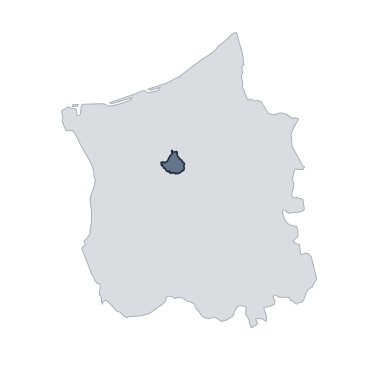 District Autonome De Yamoussoukro, Lacs, Ivory Coast (highlighted), rotated 167°
{"feature_id": "98640826B30232425959699", "entity_name": "District Autonome De Yamoussoukro", "entity_type": "district", "adm_level": 2, "iso_a3": "CIV", "parent_name": "Ivory Coast", "parent_adm1": "Lacs", "projection": "natural_earth1", "projection_center": [-5.252, 6.815], "detail": "fine", "context": "in_parent", "style": "filled", "palette": "slate", "viewbox_px": 384, "rotation_deg": 167, "n_neighbors": 0, "source": "geoboundaries", "source_scale": "gbopen_adm2", "svg_char_len": 7429}
<svg xmlns="http://www.w3.org/2000/svg" viewBox="0 0 384 384"><g transform="rotate(167 192 192)"><path d="M96.4,72.0L97.5,72.0L100.6,71.0L103.3,68.6L105.9,63.8L109.3,59.9L113.2,60.2L114.4,59.5L115.8,59.3L117.4,61.9L119.0,63.8L120.2,63.9L121.0,67.6L128.1,69.1L131.2,70.1L133.7,72.8L134.6,72.9L135.7,72.3L136.5,71.4L136.7,70.4L135.6,67.9L136.1,65.7L137.3,63.8L139.1,63.7L141.8,63.1L145.0,63.1L147.4,63.5L148.3,61.5L147.4,56.0L147.7,53.0L148.0,50.5L148.9,49.4L152.4,52.6L155.6,53.8L158.0,53.9L158.6,53.3L157.6,49.8L157.9,48.7L158.7,48.1L160.2,47.8L164.4,46.3L164.8,46.6L165.5,52.1L165.2,53.9L166.0,57.7L167.1,61.1L167.0,62.5L166.2,64.7L165.1,66.7L165.2,67.5L166.9,68.8L170.0,70.2L173.2,70.5L175.0,68.5L176.9,66.9L178.2,65.4L178.7,63.2L180.7,61.6L186.6,59.6L192.0,59.3L193.3,60.0L195.8,63.0L198.9,65.1L203.6,64.8L207.0,66.1L210.0,68.4L212.0,73.6L214.1,77.3L215.1,82.6L218.5,85.4L221.2,86.7L224.8,90.6L228.6,92.5L232.5,92.1L234.3,94.1L237.2,95.5L240.2,95.7L242.7,91.2L246.1,89.4L254.6,85.9L258.0,84.3L261.4,83.2L269.7,82.9L277.3,84.0L281.1,84.8L283.7,84.2L286.2,86.3L288.8,90.8L290.9,92.2L293.0,93.7L294.6,97.3L296.4,100.7L297.5,102.3L299.8,105.7L301.7,105.8L303.7,104.3L304.5,103.2L304.9,105.4L304.1,109.1L304.3,111.4L305.4,112.3L304.8,115.2L302.5,120.2L302.5,123.1L304.8,124.0L306.4,127.2L307.4,132.5L308.3,134.3L308.4,135.4L310.1,148.4L312.1,161.4L310.8,163.1L309.1,163.6L307.9,164.2L307.6,165.4L308.4,167.2L307.9,168.8L305.7,169.9L300.9,174.0L300.6,175.7L299.4,179.2L298.3,181.3L296.8,185.3L294.3,195.8L293.4,204.6L293.3,207.3L292.3,209.1L291.2,211.8L286.1,219.3L283.4,225.4L283.8,228.1L283.9,230.8L283.1,232.7L283.3,237.9L283.9,242.2L284.9,246.4L288.6,258.4L290.6,265.7L291.8,271.6L292.9,275.5L293.9,277.1L294.3,278.7L299.8,279.7L300.9,280.6L302.5,288.3L302.2,291.7L301.1,293.0L301.1,296.0L300.9,299.6L300.1,301.0L297.0,301.2L294.9,302.6L292.1,302.1L291.8,301.2L290.3,300.8L286.2,298.8L286.8,292.1L284.9,291.8L283.4,292.7L280.5,300.7L279.1,302.1L258.5,298.0L254.0,294.6L248.6,293.9L239.3,294.3L231.6,295.2L229.4,297.3L248.8,296.1L250.9,296.3L251.9,297.5L227.3,300.2L217.9,301.7L215.1,301.3L213.0,298.7L202.8,298.4L200.7,299.3L199.4,301.1L203.5,300.7L209.8,300.6L211.5,302.1L191.7,303.9L177.9,307.5L172.1,310.2L152.9,318.9L141.1,323.0L138.1,324.6L132.7,328.8L125.9,331.5L118.2,336.5L113.5,337.7L112.5,336.1L112.4,327.6L111.7,316.2L112.0,311.8L112.6,307.7L112.6,304.3L114.9,303.1L115.6,301.6L115.9,297.2L118.1,293.2L118.1,286.2L118.8,284.7L119.3,282.9L118.4,278.3L117.2,269.6L116.6,269.0L116.0,269.4L114.8,269.6L110.0,266.6L106.3,266.0L103.7,263.5L103.5,260.6L102.2,258.8L101.4,255.5L100.1,251.6L96.4,249.3L93.0,248.7L90.5,249.2L87.6,249.0L84.4,247.8L82.1,246.3L79.9,243.5L78.0,241.2L76.4,241.5L74.4,240.9L72.5,239.9L71.9,239.1L79.9,230.1L82.6,225.7L82.9,223.0L82.9,220.3L83.8,217.5L84.0,213.2L79.7,197.8L78.5,193.0L77.4,191.6L76.6,191.1L78.8,189.1L81.9,189.6L86.6,191.2L87.7,189.6L91.2,181.9L91.1,179.0L90.8,177.0L92.9,171.6L94.6,169.6L95.4,167.3L95.2,164.3L93.9,163.2L92.2,163.4L90.3,162.6L87.3,160.9L85.7,159.3L86.2,152.3L86.5,150.1L87.6,148.8L89.2,148.5L93.9,148.3L97.7,149.1L101.0,149.5L102.8,149.5L104.2,151.6L106.1,153.8L107.8,153.7L108.4,152.1L108.0,145.2L106.9,141.5L104.4,138.0L97.8,134.9L97.6,130.7L98.3,126.1L99.7,124.4L104.6,121.5L103.8,119.9L102.2,118.3L99.1,116.6L99.8,111.1L100.0,106.2L97.4,106.7L94.7,107.0L92.4,105.5L90.5,102.5L90.2,94.3L90.2,84.9L89.9,80.7L90.6,78.4L92.9,76.4L95.5,73.7L96.4,72.0ZM289.4,302.2L288.3,304.0L283.1,302.8L284.3,301.3L289.4,302.2Z" fill="#d9dde1" stroke="#a8b0b8" stroke-width="1"/><path d="M214.9,228.0L215.1,227.9L214.9,227.8L214.8,227.7L214.7,227.6L214.8,227.5L215.1,227.5L215.3,227.3L215.2,227.1L215.3,226.9L215.4,226.7L215.5,226.6L215.4,226.4L215.5,226.4L215.6,226.2L215.4,225.9L215.5,225.8L215.6,225.7L215.4,225.6L215.4,225.3L215.7,225.1L215.7,224.8L215.3,224.9L215.2,224.8L214.9,224.7L215.0,224.4L215.0,224.2L214.9,224.1L214.7,224.0L214.7,223.9L214.6,223.7L214.6,223.4L214.5,223.2L214.4,223.1L214.3,222.7L214.3,222.4L214.3,222.2L214.3,221.8L214.3,221.7L214.2,221.6L213.9,221.6L213.7,221.6L213.6,221.4L213.4,221.2L213.2,221.1L212.9,221.1L212.8,220.9L212.8,220.7L212.8,220.4L212.7,220.3L212.7,220.2L212.6,219.9L212.6,219.7L212.6,219.4L212.4,219.2L212.3,218.9L212.3,218.6L212.2,218.6L212.1,218.3L212.0,218.2L211.9,218.1L211.8,217.9L211.7,217.7L211.4,217.7L211.2,217.7L210.9,217.6L210.7,217.7L210.6,217.4L210.5,217.5L210.4,217.5L210.2,217.4L210.2,217.2L209.9,216.9L209.7,217.0L209.6,216.9L209.5,216.7L209.3,216.8L209.3,216.7L209.2,216.6L209.1,216.4L209.1,216.2L209.0,215.9L208.9,215.9L208.9,215.7L209.0,215.6L209.1,215.4L208.8,215.3L208.7,215.4L208.4,215.2L208.2,215.3L208.1,215.2L207.9,215.2L207.9,215.3L207.6,215.3L207.4,215.3L207.2,215.3L207.0,215.2L206.8,215.3L206.7,215.2L206.4,215.0L206.4,214.9L206.1,215.0L205.7,215.0L205.5,214.9L205.4,214.8L205.4,214.7L205.2,214.6L205.1,214.3L205.0,214.2L204.8,214.1L204.7,214.0L204.2,213.9L204.0,214.0L203.8,214.0L203.6,214.0L203.4,214.0L203.4,213.9L203.3,214.0L203.2,213.9L202.9,213.8L202.8,213.6L202.7,213.4L202.3,213.3L202.2,213.2L201.8,213.1L201.6,213.0L200.9,213.2L200.7,213.3L200.1,213.3L199.9,213.4L199.7,213.3L199.1,213.5L198.9,213.6L198.7,213.7L198.6,213.8L198.1,214.2L197.9,214.3L197.7,214.4L197.4,214.5L197.1,214.5L196.9,214.6L196.7,214.7L196.6,214.8L196.5,215.0L196.3,215.0L196.2,215.0L196.2,214.9L195.8,215.2L195.7,215.2L195.4,215.0L195.2,215.2L194.9,215.3L194.9,215.6L194.7,215.8L194.7,216.1L194.5,216.3L194.4,216.5L194.3,216.8L194.2,216.9L194.2,217.2L194.2,217.4L194.2,217.6L194.1,217.8L194.1,218.0L194.0,218.5L194.1,218.9L194.1,219.0L194.0,219.5L194.0,219.9L193.8,220.0L193.5,220.1L193.4,220.2L193.3,220.4L193.2,220.4L193.1,220.5L193.0,220.8L193.0,221.1L193.1,221.3L193.2,221.5L193.2,221.8L193.2,222.0L193.3,222.1L193.4,222.3L193.5,222.6L193.7,222.9L193.8,222.9L194.0,223.1L194.3,223.1L194.6,223.3L194.6,223.5L194.7,224.1L194.7,224.4L194.7,224.6L194.6,225.1L194.7,225.3L194.8,225.4L195.0,225.5L195.4,225.7L195.6,225.9L196.1,226.4L196.4,226.8L196.5,226.9L196.5,227.1L196.5,227.7L196.8,228.0L197.0,228.3L197.2,228.5L197.3,228.6L197.3,228.8L197.6,229.5L197.8,229.9L197.9,230.2L197.9,230.4L197.9,231.0L198.1,231.7L198.2,231.8L198.2,232.0L197.9,232.4L197.8,232.7L197.7,232.7L197.5,233.4L197.5,234.0L197.6,234.3L197.7,234.6L197.8,234.7L197.8,234.8L198.0,234.9L198.1,235.0L198.4,235.0L198.7,235.0L198.8,234.9L199.1,234.9L199.7,234.8L199.9,234.8L200.1,234.9L200.6,234.9L200.7,235.0L201.4,235.2L201.5,235.2L201.7,235.4L201.9,235.5L202.1,235.9L202.1,236.1L202.1,236.3L201.9,236.3L201.7,236.6L201.7,236.8L201.8,236.9L201.9,237.0L202.0,237.0L202.2,236.9L202.3,236.8L202.5,236.7L202.7,236.3L202.8,236.1L202.8,235.9L202.7,235.9L202.7,235.7L202.8,235.4L202.8,235.2L202.7,234.9L202.7,234.7L202.7,234.3L202.8,234.2L203.0,234.0L203.0,233.9L203.1,233.7L203.2,233.3L203.2,233.2L203.3,233.1L203.6,233.0L203.8,232.9L204.3,232.8L204.5,232.6L204.9,232.5L205.1,232.3L205.4,232.0L205.5,231.9L205.8,231.6L206.0,231.4L206.2,231.2L206.3,231.1L206.5,230.9L206.7,230.5L206.8,230.4L207.3,229.9L207.4,229.7L207.7,229.3L207.9,229.1L208.0,229.0L208.3,228.6L208.4,228.4L208.6,228.2L208.9,228.0L209.1,227.8L209.3,227.6L209.5,227.5L209.6,227.4L209.8,227.3L210.1,227.3L210.4,227.3L210.8,227.2L211.1,227.1L211.3,227.0L212.1,226.4L212.2,226.6L212.2,226.8L212.3,226.9L212.4,227.2L212.6,227.3L212.8,227.4L212.9,227.5L213.1,227.4L213.3,227.5L213.6,227.6L213.9,227.8L214.3,227.8L214.5,227.9L214.9,228.0Z" fill="#64748b" stroke="#1e293b" stroke-width="1.5"/></g></svg>